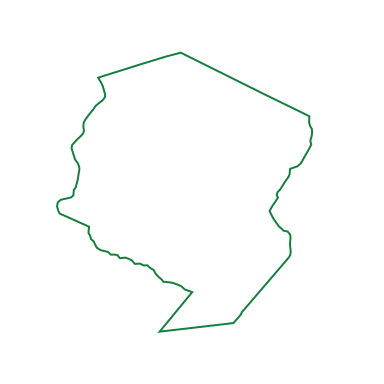 Santo Antônio dos Lopes, Maranhão, Brazil (Mercator projection), rotated 164°
{"feature_id": "56859067B82634178607747", "entity_name": "Santo Antônio dos Lopes", "entity_type": "district", "adm_level": 2, "iso_a3": "BRA", "parent_name": "Brazil", "parent_adm1": "Maranhão", "projection": "mercator", "projection_center": [-44.464, -4.813], "detail": "fine", "context": "isolated", "style": "outline", "palette": "green", "viewbox_px": 384, "rotation_deg": 164, "n_neighbors": 0, "source": "geoboundaries", "source_scale": "gbopen_adm2", "svg_char_len": 1695}
<svg xmlns="http://www.w3.org/2000/svg" viewBox="0 0 384 384"><g transform="rotate(164 192 192)"><path d="M114.7,129.6L116.5,132.9L118.0,135.0L119.7,139.8L120.9,143.3L121.9,147.8L122.7,152.4L119.3,155.7L117.1,157.6L111.0,162.8L111.4,165.9L109.9,168.1L106.2,170.4L103.1,173.2L101.3,174.9L99.1,176.7L94.7,180.3L93.2,182.3L92.3,185.0L91.2,187.2L88.0,187.4L83.6,187.6L79.8,189.4L77.5,191.4L74.6,194.4L71.0,197.8L68.3,200.5L64.3,204.7L64.2,208.6L61.6,212.7L60.1,216.1L59.4,219.6L60.2,222.5L60.3,226.5L58.3,232.5L95.5,266.0L164.4,329.0L179.5,329.4L206.8,328.9L250.7,327.8L249.1,321.7L248.6,318.3L248.6,312.9L248.7,309.3L249.6,307.1L252.6,304.8L255.9,303.5L260.8,301.4L263.4,299.2L269.4,295.0L274.7,290.9L276.9,288.6L278.4,285.0L279.0,280.6L280.4,278.3L283.6,276.4L288.2,274.0L294.2,270.3L295.7,267.3L295.6,261.4L295.4,255.4L293.8,250.9L293.5,247.3L294.0,244.8L295.8,241.1L298.3,235.6L302.4,228.6L305.0,226.6L305.9,224.3L307.0,221.4L309.9,220.1L320.3,220.7L324.0,218.9L325.7,215.3L325.7,210.6L325.2,207.8L300.5,187.0L302.0,183.4L302.8,180.7L302.0,178.3L302.0,174.5L300.2,171.8L299.5,167.7L298.9,164.8L295.8,161.2L292.0,159.1L289.4,157.7L287.3,154.2L283.8,153.2L281.1,151.9L279.5,148.2L276.9,147.7L274.1,147.3L271.2,145.1L268.7,142.9L266.8,138.7L261.6,137.4L258.6,134.7L255.1,133.8L252.8,130.2L250.3,127.5L249.5,123.5L247.7,119.9L245.3,116.2L244.3,113.6L241.7,112.7L235.8,110.1L232.4,107.7L230.4,106.2L228.2,104.3L225.8,100.3L223.4,98.6L219.4,95.7L261.6,66.7L188.2,54.6L183.8,57.5L181.6,58.8L178.7,60.9L177.0,62.9L170.2,67.3L138.6,88.1L116.8,102.5L114.8,104.5L113.4,108.0L112.4,114.1L111.3,117.4L110.2,120.0L109.3,123.6L110.9,127.6L114.7,129.6Z" fill="none" stroke="#15803d" stroke-width="2"/></g></svg>